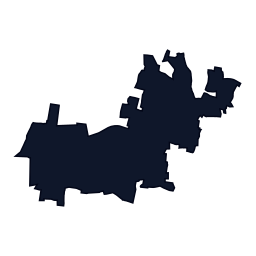 the district of Tinum, Yucatán, Mexico
{"feature_id": "50627088B49969803808999", "entity_name": "Tinum", "entity_type": "district", "adm_level": 2, "iso_a3": "MEX", "parent_name": "Mexico", "parent_adm1": "Yucatán", "projection": "mercator", "projection_center": [-88.459, 20.741], "detail": "fine", "context": "isolated", "style": "filled", "palette": "ink", "viewbox_px": 256, "rotation_deg": 0, "n_neighbors": 0, "source": "geoboundaries", "source_scale": "gbopen_adm2", "svg_char_len": 5808}
<svg xmlns="http://www.w3.org/2000/svg" viewBox="0 0 256 256"><path d="M172.7,183.0L165.0,181.9L165.1,178.7L168.2,178.8L168.2,172.8L166.1,173.0L167.0,167.0L167.4,165.5L167.5,164.9L167.2,163.3L167.3,162.6L167.1,162.0L165.6,161.8L166.2,153.9L164.8,153.7L163.9,153.7L165.1,151.0L166.3,148.9L169.5,148.8L169.4,142.4L170.5,142.6L172.2,143.2L173.6,143.6L174.6,144.1L175.3,144.3L175.6,144.3L176.4,144.5L177.0,144.3L178.2,144.4L179.4,144.6L179.3,145.3L179.3,146.3L179.2,147.1L179.1,148.0L180.0,147.8L181.7,147.7L181.9,147.7L182.9,147.6L183.5,147.8L185.1,147.7L186.0,147.8L186.5,147.8L186.9,147.8L187.0,149.1L187.0,150.3L186.8,151.1L187.7,151.3L187.9,151.3L188.3,151.5L188.6,151.6L189.2,151.6L189.5,151.7L190.2,152.2L190.4,152.2L191.2,152.1L192.2,152.6L192.6,152.6L193.2,152.2L193.6,151.5L193.9,150.7L194.3,149.8L194.7,148.4L195.1,146.6L195.1,146.1L196.7,145.5L197.7,145.5L197.9,140.2L197.7,139.8L199.3,136.4L199.3,133.1L199.6,132.5L200.5,130.4L201.0,129.6L199.3,129.4L199.8,128.2L198.1,127.6L198.7,123.4L198.9,122.5L198.9,122.0L199.1,121.0L197.7,120.4L197.8,118.9L199.6,115.9L200.1,115.5L201.9,117.2L203.0,115.4L203.5,114.9L204.5,115.5L205.1,116.2L206.3,116.6L206.7,116.4L213.8,116.4L215.2,116.5L216.0,116.4L220.4,116.8L221.0,113.9L220.7,113.0L220.4,111.3L220.0,109.9L220.0,108.9L221.9,109.4L223.6,109.9L223.6,110.6L223.7,112.0L223.9,112.8L225.6,113.2L225.6,112.0L225.3,110.8L225.4,110.1L225.4,109.1L225.5,108.3L226.2,108.3L226.8,105.6L228.5,106.1L229.0,106.5L229.7,106.8L232.8,106.6L231.4,104.0L230.2,102.4L230.4,101.8L231.6,99.9L231.7,99.5L232.4,98.6L232.9,96.9L233.0,96.0L233.0,94.0L233.2,92.9L233.1,92.0L233.5,91.5L235.8,87.1L237.0,85.0L239.1,86.4L240.6,83.4L237.1,81.5L236.5,81.1L233.6,79.6L232.8,79.5L232.1,79.2L230.3,78.9L227.6,78.7L223.0,78.9L223.1,77.0L223.2,76.8L223.1,75.5L223.1,74.6L222.7,72.1L221.7,71.5L221.6,71.3L221.1,69.6L221.2,69.0L221.1,68.2L214.9,67.1L214.1,71.2L211.7,70.2L208.2,69.9L208.2,70.3L208.0,72.0L208.0,72.8L208.0,73.2L208.2,73.5L208.2,73.9L208.6,76.0L208.7,76.9L208.5,78.5L208.4,79.8L208.2,81.5L207.9,82.9L207.4,84.3L206.8,85.6L206.2,87.1L205.4,89.7L206.4,90.5L207.1,90.9L207.6,91.2L207.8,91.3L208.5,91.4L210.0,91.6L211.0,91.6L212.1,91.8L213.1,91.8L214.1,91.8L214.5,91.7L215.3,91.4L216.3,91.2L216.3,92.5L216.5,93.4L216.5,93.8L216.4,95.6L216.4,96.9L216.4,97.5L214.8,97.1L212.8,96.7L212.0,96.5L211.2,96.1L209.9,95.8L208.6,94.9L207.8,94.4L207.4,94.1L207.1,93.9L205.6,93.3L204.3,93.0L203.9,93.4L203.9,93.6L203.6,94.1L203.3,94.8L203.0,95.5L202.3,96.6L201.6,98.4L200.2,98.6L199.7,98.6L199.1,98.5L198.3,98.5L195.1,98.8L194.9,98.2L194.6,97.7L194.2,97.0L193.8,95.8L193.2,93.7L192.9,93.0L192.4,92.2L192.2,91.4L191.9,90.9L191.7,90.3L191.5,89.0L191.3,88.4L191.0,88.0L191.0,87.4L190.8,86.9L190.9,86.1L190.9,85.9L191.0,85.1L191.1,84.5L191.1,83.3L191.4,81.8L191.5,80.5L191.1,76.5L191.0,75.7L190.9,73.8L190.5,71.9L190.4,71.5L190.2,71.1L188.9,69.6L188.2,68.6L187.2,67.6L186.9,67.2L185.7,64.5L185.4,63.2L185.2,62.6L185.1,62.2L184.5,59.9L184.3,59.2L184.3,58.7L184.1,58.1L184.0,57.7L183.9,57.5L183.7,56.3L183.8,55.4L183.7,54.2L183.5,53.3L180.5,53.9L179.7,53.5L179.0,53.3L178.1,53.4L177.1,53.8L177.5,56.0L175.3,57.7L168.4,56.8L169.5,51.3L168.9,51.0L167.6,50.2L166.7,51.5L166.3,52.8L165.6,54.1L164.6,57.2L164.4,57.7L164.1,58.6L163.7,59.6L163.4,60.3L163.0,60.8L162.8,61.2L162.1,61.6L168.0,60.5L174.8,69.0L174.4,71.6L172.9,74.3L172.8,76.3L173.1,79.3L168.9,77.1L164.9,73.8L160.7,72.4L158.5,70.8L158.8,70.1L158.9,69.3L159.4,65.7L157.1,65.0L152.5,55.9L147.4,55.2L144.1,55.0L144.3,64.5L145.1,65.9L145.3,66.7L145.0,67.3L144.8,67.8L144.5,68.6L144.3,70.5L142.2,70.3L141.6,70.7L141.5,71.1L140.9,71.9L140.6,72.4L140.1,73.1L139.3,74.0L139.0,74.5L138.6,75.8L138.0,79.2L137.9,80.4L137.5,82.1L135.6,86.3L135.5,86.6L135.0,87.5L136.0,87.7L140.5,89.0L142.1,89.3L144.5,90.0L143.8,92.4L143.2,93.8L142.6,94.7L141.8,100.7L141.7,102.6L140.6,106.9L142.8,108.0L142.4,109.2L142.2,110.9L140.2,110.6L137.0,109.3L136.0,108.8L136.4,107.6L138.7,98.8L134.7,97.7L132.1,97.2L130.0,96.7L129.2,97.7L128.4,98.5L128.1,99.0L127.8,101.0L127.8,101.4L128.1,102.1L128.3,102.7L128.7,104.4L127.6,104.4L126.4,104.5L125.8,104.5L124.9,104.4L123.4,104.1L122.7,104.1L120.9,110.8L120.6,112.7L120.5,114.5L120.2,117.2L125.9,117.8L126.1,117.2L126.5,117.2L129.4,118.0L128.1,122.1L127.3,125.6L129.1,126.2L128.6,128.5L126.5,128.3L119.4,126.0L117.5,125.8L116.3,125.8L114.3,125.9L111.1,126.5L108.1,127.7L99.4,132.6L98.0,133.2L89.2,136.2L88.1,136.2L87.8,134.6L85.8,124.3L77.0,123.3L77.1,125.0L56.6,125.8L58.8,108.0L59.1,106.0L59.1,105.3L50.7,104.0L47.8,120.8L47.0,120.7L46.5,123.5L43.8,123.6L43.7,124.0L43.1,123.9L42.4,123.6L41.6,123.4L37.1,123.3L34.3,123.0L33.2,122.7L32.3,123.9L31.6,125.2L31.0,127.0L30.4,128.3L28.6,131.8L26.8,135.6L26.5,139.2L25.4,141.3L23.6,145.4L21.7,149.4L20.6,151.9L15.4,156.2L27.3,156.7L28.0,157.0L29.5,157.8L30.3,157.8L29.9,182.5L29.8,185.8L37.2,184.4L34.7,188.6L36.5,189.0L39.3,189.8L41.1,189.9L39.5,200.5L44.0,200.5L44.0,198.8L51.3,199.1L54.1,200.2L57.2,200.3L57.3,201.4L57.4,205.1L57.6,205.1L63.6,205.8L63.9,203.2L63.8,201.7L63.8,201.1L63.8,199.1L63.9,195.2L64.1,194.2L64.3,191.7L64.6,190.6L64.9,190.0L65.0,188.1L68.9,187.1L76.5,188.2L81.5,190.3L81.2,192.8L86.7,193.4L88.1,193.0L99.4,192.3L100.3,191.7L103.3,191.1L104.3,194.2L106.5,194.0L112.9,192.6L116.3,194.7L117.5,195.6L120.8,198.3L122.2,199.3L122.5,200.0L123.4,200.0L125.2,200.6L125.5,200.5L128.1,201.3L132.8,202.9L135.7,189.4L135.2,186.6L135.2,186.0L135.3,184.9L136.0,181.5L138.3,181.2L139.1,180.8L139.2,180.5L139.1,180.1L139.9,179.8L143.6,179.6L143.9,179.9L143.8,180.6L143.3,182.0L143.1,183.9L141.7,184.9L141.2,185.3L140.7,185.8L140.5,186.2L140.5,186.7L140.7,187.1L144.8,187.5L147.7,187.8L147.9,187.0L153.1,187.3L155.0,187.1L157.0,186.7L160.1,186.0L163.6,187.9L169.3,190.3L173.0,190.9L174.5,187.8L172.9,184.0L172.7,183.0Z" fill="#0f172a" stroke="#020617" stroke-width="1.5"/></svg>